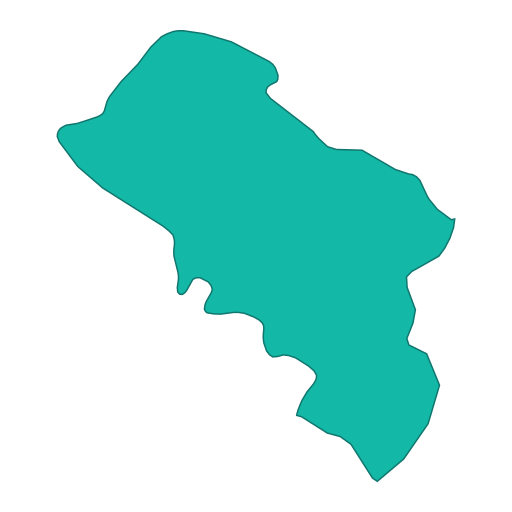 the border of Massa-Carrara
{"feature_id": "ITA-5382", "entity_name": "Massa-Carrara", "entity_type": "Province", "adm_level": 1, "iso_a3": "ITA", "parent_name": "Italy", "parent_adm1": "", "projection": "natural_earth1", "projection_center": [9.975, 44.229], "detail": "fine", "context": "isolated", "style": "filled", "palette": "teal", "viewbox_px": 512, "rotation_deg": 0, "n_neighbors": 0, "source": "natural_earth", "source_scale": "10m", "svg_char_len": 1766}
<svg xmlns="http://www.w3.org/2000/svg" viewBox="0 0 512 512"><path d="M377.3,481.3L372.5,478.1L351.0,444.3L340.3,436.6L327.2,433.0L301.5,416.7L296.7,415.4L296.9,414.1L298.1,409.9L300.0,405.0L302.1,400.2L307.1,391.8L313.3,384.2L315.0,381.6L316.3,378.7L316.6,375.3L314.0,370.8L308.5,366.0L295.5,357.8L288.6,355.5L283.3,354.9L277.6,356.5L272.8,356.9L269.6,354.8L266.6,351.0L263.8,342.8L263.2,337.5L263.4,333.0L263.8,329.5L263.7,326.0L262.5,323.2L259.3,320.1L254.3,317.2L244.4,313.3L238.5,312.4L233.5,312.4L220.7,314.1L213.9,313.9L207.1,312.8L205.6,311.5L204.4,309.3L205.1,304.6L206.4,301.3L211.3,292.6L212.3,289.4L211.1,285.5L208.1,281.8L200.0,277.7L195.9,277.8L192.8,279.4L186.7,290.4L184.8,292.7L182.5,294.4L179.7,294.2L177.7,292.0L177.3,287.5L178.4,279.9L178.5,276.3L178.1,272.9L174.0,256.2L173.8,252.6L173.9,248.9L174.4,245.1L174.5,241.3L173.9,238.0L173.0,235.0L169.0,230.9L163.0,226.1L102.7,188.0L77.8,166.5L59.3,141.8L57.3,136.6L57.5,133.8L58.6,130.8L60.5,128.4L63.2,126.7L66.1,125.2L77.5,123.4L97.0,117.0L99.9,115.6L102.5,113.8L104.2,111.3L107.0,101.6L108.4,98.6L110.0,96.0L121.1,81.6L137.9,64.2L150.8,47.1L161.5,36.7L167.1,33.8L173.4,31.5L177.8,30.8L183.0,30.7L204.3,33.8L231.5,41.9L269.5,61.7L272.7,64.3L275.4,68.0L278.0,75.3L277.8,79.3L276.7,81.6L269.9,85.1L267.5,87.1L266.2,89.9L266.1,92.9L270.5,98.5L313.3,131.6L314.9,134.0L318.8,138.6L327.5,146.7L336.5,149.5L362.0,150.2L371.8,155.9L395.3,169.5L408.7,174.0L412.6,174.6L416.4,176.7L419.9,180.4L427.2,196.1L429.2,199.4L437.4,209.4L451.2,219.7L454.7,219.0L453.5,227.8L449.9,238.2L444.7,248.2L438.9,256.1L411.7,271.5L406.5,276.9L407.1,287.4L415.4,309.7L413.0,323.0L406.8,338.5L408.9,345.0L426.6,353.8L439.5,385.2L428.1,423.7L403.7,459.0L377.3,481.3Z" fill="#14b8a6" stroke="#0f766e" stroke-width="1.5"/></svg>